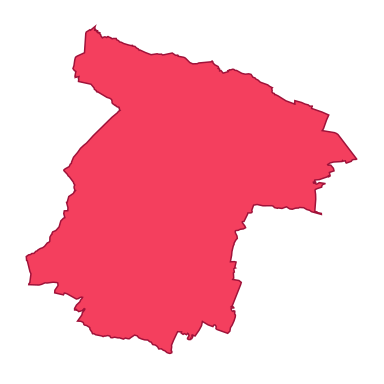 Tamna, Mehedinti, Romania, rotated 182°
{"feature_id": "2599482B4127462983922", "entity_name": "Tamna", "entity_type": "district", "adm_level": 2, "iso_a3": "ROU", "parent_name": "Romania", "parent_adm1": "Mehedinti", "projection": "natural_earth1", "projection_center": [23.01, 44.562], "detail": "fine", "context": "isolated", "style": "filled", "palette": "rose", "viewbox_px": 384, "rotation_deg": 182, "n_neighbors": 0, "source": "geoboundaries", "source_scale": "gbopen_adm2", "svg_char_len": 5935}
<svg xmlns="http://www.w3.org/2000/svg" viewBox="0 0 384 384"><g transform="rotate(182 192 192)"><path d="M294.6,354.1L299.1,350.1L299.7,350.6L302.5,348.7L303.2,348.2L303.7,346.8L304.3,327.4L311.5,323.8L313.0,322.7L313.3,322.0L313.8,319.7L314.4,314.1L315.3,311.2L313.8,309.3L312.3,308.4L313.0,303.7L312.5,303.6L312.7,302.4L309.0,303.4L309.5,301.4L309.2,300.8L309.3,298.5L296.7,296.2L293.4,292.5L293.2,291.3L291.1,289.9L291.1,289.4L290.3,288.6L289.7,288.8L280.3,283.6L277.4,282.8L275.6,281.6L275.1,280.0L275.0,278.3L274.3,277.5L272.0,275.9L271.4,276.0L270.8,275.1L269.5,274.4L268.0,274.2L267.7,273.8L267.8,273.1L267.4,272.7L267.3,271.6L266.7,271.1L268.3,270.0L269.3,268.6L274.6,263.9L292.7,244.8L299.2,237.1L301.9,234.8L305.0,231.7L307.8,227.4L311.6,222.6L313.4,217.8L313.6,216.3L314.6,215.6L315.6,213.1L319.6,210.7L320.8,209.6L320.8,208.9L317.1,205.2L316.4,203.9L314.9,202.7L310.9,197.7L310.5,196.4L309.4,194.9L310.0,193.7L310.0,192.0L309.1,189.8L309.6,188.6L309.0,188.8L310.6,186.4L315.0,183.2L316.5,176.9L317.2,177.9L315.4,171.9L315.5,169.0L319.0,168.7L319.4,165.9L318.2,161.9L319.5,161.4L322.1,158.5L323.6,152.5L325.8,149.8L326.8,148.7L329.8,147.3L330.5,145.8L330.6,144.7L331.2,144.3L332.4,142.0L332.4,137.8L333.5,136.6L334.8,136.1L337.5,132.5L339.3,131.1L341.7,130.2L344.1,128.6L344.5,127.9L346.1,127.2L347.7,125.2L350.1,124.9L351.1,123.9L353.1,123.5L355.4,121.7L354.9,117.8L354.2,117.5L351.2,106.9L350.1,104.6L350.9,95.8L351.8,94.6L351.9,93.7L341.7,93.7L339.0,94.5L335.7,96.1L333.7,96.0L327.6,97.0L324.2,96.8L323.0,96.5L322.6,93.8L325.6,89.1L325.7,86.4L316.9,84.7L316.1,86.5L315.4,86.5L313.3,85.9L303.8,81.0L301.9,81.5L300.2,82.7L298.7,83.1L297.7,82.9L298.2,81.8L299.7,79.9L300.1,78.5L303.5,75.0L305.3,71.5L305.2,70.0L304.7,70.0L303.8,70.7L303.5,70.6L303.4,69.8L302.4,69.7L301.1,68.5L297.6,69.6L295.7,71.7L295.0,71.3L295.4,70.2L297.4,67.5L297.6,65.9L298.0,64.9L301.9,59.0L298.6,58.9L296.9,58.2L296.1,57.8L295.4,55.8L294.8,55.3L292.7,54.9L289.5,53.0L289.1,51.1L286.9,48.1L286.7,47.2L286.3,46.8L284.9,47.0L283.4,46.0L277.2,45.0L275.8,44.4L274.5,45.0L273.5,45.0L271.3,45.6L269.1,45.2L268.2,43.7L266.8,43.5L264.2,44.2L260.8,43.6L259.6,43.8L255.4,42.6L253.5,43.7L250.7,43.1L249.4,43.2L248.2,44.3L244.4,47.0L241.6,46.3L240.3,44.6L237.7,43.5L234.3,42.6L231.0,42.5L229.2,41.0L227.5,40.5L226.0,38.2L223.4,37.8L221.8,36.8L220.6,35.6L219.8,34.0L217.1,34.2L215.1,32.8L213.8,32.5L211.3,30.6L208.8,29.9L208.0,30.0L206.6,30.7L206.6,32.1L207.3,32.6L206.9,36.4L207.1,38.2L205.3,43.1L201.5,51.9L197.6,51.8L197.9,50.7L195.9,49.4L194.7,50.2L192.4,49.2L191.4,50.6L190.6,50.0L190.0,48.3L191.4,45.7L191.3,45.0L190.1,44.4L188.3,44.5L188.0,45.8L187.2,45.4L186.4,46.7L186.5,47.3L187.5,48.0L185.6,47.5L187.1,48.6L187.1,48.9L186.8,49.2L183.9,48.2L180.1,54.1L177.8,58.8L177.1,63.0L171.3,59.8L166.4,58.2L165.7,59.6L164.7,60.0L164.1,59.8L163.1,58.4L163.3,56.3L162.3,55.5L151.4,52.0L149.3,54.2L148.8,57.8L147.2,60.5L145.5,64.7L144.4,68.6L144.3,70.5L145.1,71.6L145.1,74.4L146.1,74.8L146.8,74.0L147.7,74.5L148.7,75.9L148.8,77.3L146.2,77.6L146.2,78.0L147.3,79.0L148.5,79.0L147.8,79.7L140.2,101.0L139.6,103.4L142.0,105.2L148.2,106.0L147.3,107.4L147.8,112.6L146.9,113.5L147.6,116.5L147.1,117.2L146.0,117.6L146.6,117.9L145.5,123.5L147.2,123.9L151.2,123.6L150.2,130.1L150.0,133.9L148.9,139.4L148.1,141.3L148.2,142.2L146.6,145.4L145.1,147.2L145.5,149.6L147.2,152.7L147.4,153.9L147.2,154.8L146.8,155.0L144.5,155.3L142.5,156.4L139.4,156.9L137.2,158.2L138.1,160.0L140.6,163.0L140.6,164.1L139.0,164.4L135.7,171.7L135.4,173.0L132.4,173.2L131.5,173.6L131.2,174.5L131.6,175.9L130.0,181.0L126.5,181.8L120.7,180.7L111.6,181.1L110.3,180.6L109.0,179.3L105.9,178.7L105.4,179.1L101.5,178.7L97.1,180.5L93.7,178.5L91.1,178.3L87.8,179.5L85.0,179.7L84.1,180.3L79.8,180.2L76.7,178.5L73.8,177.8L71.9,176.5L61.9,174.1L62.0,175.1L66.8,176.0L66.6,176.5L68.6,177.0L68.1,189.1L68.4,194.0L69.1,198.0L68.8,198.8L67.1,199.7L62.6,201.4L62.4,203.0L61.4,204.1L58.9,205.1L65.2,205.8L66.7,204.7L68.0,204.2L69.4,205.1L68.8,205.3L68.7,205.8L69.7,205.7L70.3,205.0L70.8,205.1L71.1,206.1L69.3,206.8L69.9,208.0L69.6,208.3L65.3,208.8L57.0,212.0L56.2,211.9L56.3,212.9L55.6,213.0L55.3,212.4L54.9,212.6L55.2,213.2L54.6,213.3L55.4,216.3L50.8,218.1L51.5,220.6L54.3,223.7L56.9,223.5L57.4,224.2L55.1,225.8L51.6,226.9L43.1,227.7L42.7,228.7L42.0,228.1L39.9,228.5L39.1,226.5L38.7,226.3L33.9,228.2L33.1,229.5L32.6,229.8L31.2,230.2L29.1,230.3L28.6,230.7L48.1,254.5L49.6,255.5L51.7,256.3L64.0,257.9L62.8,259.9L60.0,268.8L58.0,273.7L64.7,276.4L75.4,279.7L75.4,280.5L74.8,281.7L74.8,282.0L77.4,281.9L78.8,283.1L82.0,283.8L85.7,285.3L92.4,286.9L92.4,285.0L92.8,284.3L92.1,283.5L92.3,283.4L101.3,286.4L109.2,291.0L112.1,292.3L112.8,292.2L113.2,293.3L114.8,293.8L115.6,294.8L115.4,296.3L116.0,298.2L115.3,299.0L118.1,300.3L120.0,301.7L127.5,304.1L130.0,306.2L132.1,307.1L133.0,308.2L135.1,308.8L137.1,311.6L139.4,312.1L142.8,311.6L146.3,312.3L151.6,315.0L153.3,315.1L154.5,316.0L155.7,316.1L157.6,315.4L158.9,315.4L159.2,314.9L160.4,314.5L159.9,313.6L165.0,311.9L167.3,314.4L168.6,314.0L168.7,315.8L170.1,316.3L169.6,316.9L170.3,318.3L173.8,320.0L175.5,321.8L175.7,322.8L176.5,323.6L177.2,322.8L189.7,321.2L191.3,320.4L195.7,320.1L198.7,321.3L203.3,325.6L204.8,326.3L210.6,327.2L210.6,327.9L211.0,328.3L213.1,328.0L216.6,330.2L225.1,328.1L226.4,328.0L227.2,328.7L229.9,328.5L231.6,328.9L237.7,327.8L243.3,329.7L249.0,332.1L249.7,331.8L250.6,333.1L252.5,334.0L254.1,335.5L256.3,335.7L256.5,336.4L257.0,336.5L257.3,336.1L260.5,336.7L265.4,338.0L267.7,339.1L269.7,339.5L270.6,340.6L272.7,341.6L273.1,342.8L276.2,342.7L276.6,342.4L277.9,342.6L278.3,342.9L278.4,343.3L280.2,343.8L281.2,344.4L281.9,344.3L282.6,343.4L284.3,344.0L285.2,343.9L286.9,342.9L287.3,343.2L287.5,343.8L288.2,344.3L288.9,346.2L290.0,347.1L289.6,347.8L290.7,348.3L291.4,347.8L292.4,348.6L291.9,348.8L292.0,349.9L293.0,349.8L293.7,350.6L294.0,350.1L294.9,350.3L294.7,352.2L294.9,353.1L294.6,354.1Z" fill="#f43f5e" stroke="#9f1239" stroke-width="1.5"/></g></svg>